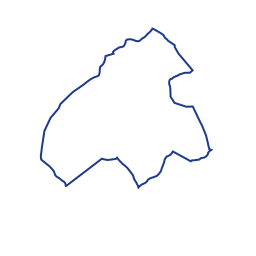 the district of Grande Riviere/Piat, Gros Islet, Saint Lucia, rotated 142°
{"feature_id": "8701671B1385498050924", "entity_name": "Grande Riviere/Piat", "entity_type": "district", "adm_level": 2, "iso_a3": "LCA", "parent_name": "Saint Lucia", "parent_adm1": "Gros Islet", "projection": "equal_earth", "projection_center": [-60.944, 14.04], "detail": "fine", "context": "isolated", "style": "outline", "palette": "blue", "viewbox_px": 256, "rotation_deg": 142, "n_neighbors": 0, "source": "geoboundaries", "source_scale": "gbopen_adm2", "svg_char_len": 5193}
<svg xmlns="http://www.w3.org/2000/svg" viewBox="0 0 256 256"><g transform="rotate(142 128 128)"><path d="M131.5,72.9L131.4,72.9L130.8,73.1L130.1,73.3L129.8,73.4L128.9,73.7L128.5,73.9L127.9,74.2L127.5,74.5L126.8,75.0L126.4,75.3L125.8,75.7L125.4,75.9L124.5,76.5L124.1,76.6L123.6,77.0L123.2,77.3L122.5,77.7L122.0,78.0L121.4,78.3L121.1,78.5L120.3,79.0L119.9,79.4L119.4,79.8L119.0,80.2L118.3,80.7L117.8,80.9L117.2,81.1L116.8,81.2L115.9,81.4L115.5,81.6L115.3,81.6L114.9,81.6L114.4,81.5L113.7,81.3L113.1,81.1L112.6,81.0L112.0,80.9L111.2,80.9L110.7,80.9L110.2,80.9L109.8,81.0L108.8,81.3L107.1,81.9L99.0,63.1L98.6,63.2L98.2,63.2L97.5,63.1L96.9,62.7L96.5,62.4L95.9,61.9L95.0,61.4L94.4,61.1L93.8,60.7L93.3,60.5L91.7,59.4L91.1,59.3L90.3,59.3L89.3,59.2L88.7,59.2L88.3,58.9L88.0,58.8L87.6,58.6L87.0,58.2L86.4,57.9L85.7,57.8L84.7,57.6L83.8,57.5L83.0,57.7L82.4,57.8L81.8,57.9L81.4,58.1L80.9,58.5L80.4,58.9L79.9,59.3L79.3,59.4L79.0,59.4L78.6,59.5L78.0,59.6L77.3,59.7L76.0,59.4L75.8,59.4L76.9,61.4L75.4,64.8L73.9,67.8L71.1,74.1L68.2,84.2L66.9,90.9L64.4,102.0L63.7,105.0L69.0,108.9L75.9,119.2L75.2,126.4L72.8,129.7L71.8,131.1L71.5,131.4L71.2,131.9L70.7,132.6L70.5,132.9L69.9,133.8L69.6,134.4L69.2,135.1L69.0,135.5L68.8,136.6L68.5,137.2L68.1,137.8L67.8,138.2L67.2,138.9L66.8,139.3L66.4,139.6L65.9,140.0L65.1,140.3L64.7,140.3L64.1,140.3L63.7,140.1L62.9,139.7L62.3,139.8L61.8,139.9L61.2,139.9L60.5,139.8L60.0,139.7L59.4,139.5L58.8,139.4L58.2,139.3L57.6,139.0L57.0,138.7L56.6,138.7L55.7,138.6L55.1,138.5L54.7,138.5L54.2,138.5L53.4,138.1L52.9,137.8L52.3,137.7L51.8,137.5L51.2,137.3L50.6,137.1L50.0,136.8L49.7,136.6L48.9,136.3L48.5,136.0L47.9,135.5L47.6,135.2L46.8,134.6L46.4,134.4L45.9,134.0L45.4,133.6L44.6,133.5L44.1,133.5L43.5,133.5L42.9,133.5L42.2,133.7L41.6,133.7L42.4,155.9L41.3,163.1L40.2,164.5L42.7,172.1L42.7,173.6L42.8,174.2L43.0,174.8L43.2,175.9L43.3,176.4L43.2,177.1L43.0,178.0L42.8,178.9L42.9,179.5L43.1,180.3L43.3,180.8L43.6,182.0L43.8,182.6L44.0,183.1L44.3,183.9L44.7,184.9L44.9,185.4L45.2,186.0L45.5,186.8L45.8,187.5L46.0,188.0L46.3,188.7L46.6,189.4L47.0,190.4L47.5,191.1L47.6,191.3L48.4,190.9L51.0,190.3L54.9,190.0L55.9,189.8L56.6,189.7L57.1,189.7L57.9,189.5L58.5,189.5L59.0,189.4L59.5,189.5L60.2,189.5L60.7,189.7L61.4,189.8L61.9,189.8L62.6,189.7L63.1,189.7L63.7,189.7L64.3,189.6L65.0,189.6L65.5,189.7L66.1,189.8L66.6,190.1L67.1,190.7L67.7,191.1L68.1,191.5L68.4,192.2L68.8,192.9L69.2,193.5L69.5,194.0L69.9,194.5L70.0,194.8L70.4,195.3L70.8,195.7L71.2,196.2L71.5,196.5L72.3,197.0L72.7,197.3L73.3,197.7L74.0,198.1L74.3,198.2L75.2,198.2L75.8,198.2L76.3,197.9L76.9,197.4L77.3,196.8L77.9,196.5L78.5,196.2L79.5,195.7L80.1,195.5L80.6,195.2L81.4,195.2L81.9,195.2L82.5,195.5L82.9,195.7L83.8,196.2L84.1,196.2L84.7,196.6L85.3,196.8L86.0,197.1L86.6,197.1L87.1,197.1L87.6,197.1L88.4,197.2L88.9,197.3L89.5,197.4L90.0,197.4L90.8,197.4L91.3,197.4L91.9,197.4L92.3,197.3L92.9,197.2L93.1,196.9L93.4,196.5L93.7,195.9L93.7,195.5L101.4,198.5L101.6,198.3L102.3,197.7L102.6,197.3L103.1,196.9L103.5,196.5L104.2,196.0L104.7,195.5L105.1,195.3L105.6,195.0L106.3,194.5L106.8,194.3L107.4,194.0L108.0,193.7L108.7,193.6L109.2,193.5L109.5,193.4L110.3,193.4L111.0,193.4L112.2,193.3L113.4,192.3L114.5,191.2L115.9,189.5L117.0,188.5L118.1,187.8L118.5,187.4L120.7,187.8L123.4,188.7L123.5,188.8L127.2,189.4L131.5,189.6L137.3,189.6L149.5,190.3L166.6,188.5L170.4,186.2L182.7,183.7L195.6,177.2L207.1,166.4L214.3,159.2L215.8,156.5L215.4,154.4L214.9,152.7L214.6,151.1L214.4,150.2L214.2,149.2L213.6,147.1L213.3,145.2L213.2,143.5L213.1,141.4L213.1,139.3L213.8,137.3L214.4,135.6L214.2,133.6L213.5,131.8L212.9,130.0L212.5,128.0L212.1,126.4L211.4,124.6L211.4,124.0L211.5,123.0L211.9,122.1L212.4,121.2L212.6,120.6L212.4,120.4L179.3,120.0L167.5,119.9L167.3,119.5L167.0,119.0L166.5,118.5L166.2,118.1L165.6,117.4L165.1,116.9L165.0,116.7L164.7,116.3L164.4,116.0L164.0,115.6L163.7,115.3L163.4,115.1L162.7,114.7L162.2,114.4L161.6,114.0L161.1,113.7L160.5,113.4L160.1,113.1L159.3,112.7L158.8,112.4L158.3,112.1L157.8,111.8L157.1,111.5L156.6,111.2L156.4,111.1L156.1,111.2L154.9,111.3L154.9,110.8L154.9,110.0L154.9,109.4L154.9,108.6L154.8,107.5L154.8,106.9L154.8,106.7L154.7,106.1L154.6,105.6L154.5,104.5L154.5,103.8L154.4,103.4L154.3,103.1L154.2,102.3L154.0,101.4L153.8,100.9L153.6,100.1L153.5,99.5L153.3,98.3L153.2,97.7L153.1,96.9L153.1,96.3L153.1,95.1L153.1,94.5L153.1,93.7L153.1,93.1L153.1,91.9L153.1,91.2L153.1,90.5L153.1,90.0L153.2,88.9L153.2,88.3L153.3,87.5L153.5,86.8L153.8,85.9L154.1,85.4L154.2,84.9L154.3,84.6L154.6,84.1L154.7,83.6L154.8,83.0L154.8,82.4L154.8,82.1L154.9,81.6L154.9,81.0L155.0,79.9L155.2,79.3L155.4,78.4L155.5,77.9L155.6,76.8L155.7,76.1L155.8,75.9L156.1,75.4L156.4,74.7L155.1,74.9L154.9,74.9L154.5,75.0L154.1,75.0L153.0,75.0L152.7,75.0L152.0,74.9L151.5,74.9L150.7,74.8L150.5,74.6L149.9,74.5L149.5,74.4L148.6,74.2L148.1,74.1L147.9,74.1L147.6,74.1L147.1,74.1L146.2,74.3L145.4,74.5L144.9,74.6L144.4,74.8L144.0,75.0L143.4,74.9L143.1,74.8L142.6,74.8L142.0,74.7L141.4,74.7L140.6,74.4L140.2,74.3L139.7,74.1L139.2,73.9L138.4,73.6L137.9,73.5L137.3,73.3L136.8,73.1L136.1,72.9L135.6,72.7L135.4,72.6L135.0,72.5L134.5,72.6L133.7,72.6L133.4,72.6L133.2,72.7L132.6,72.8L132.0,72.8L131.5,72.9Z" fill="none" stroke="#1e3a8a" stroke-width="2"/></g></svg>